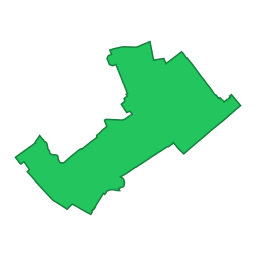 Bragadiru, Ilfov, Romania (orthographic projection)
{"feature_id": "2599482B78210424721579", "entity_name": "Bragadiru", "entity_type": "district", "adm_level": 2, "iso_a3": "ROU", "parent_name": "Romania", "parent_adm1": "Ilfov", "projection": "orthographic", "projection_center": [25.978, 44.379], "detail": "fine", "context": "isolated", "style": "filled", "palette": "green", "viewbox_px": 256, "rotation_deg": 0, "n_neighbors": 0, "source": "geoboundaries", "source_scale": "gbopen_adm2", "svg_char_len": 5241}
<svg xmlns="http://www.w3.org/2000/svg" viewBox="0 0 256 256"><path d="M109.8,50.0L109.9,50.3L110.1,50.9L110.3,51.4L111.3,53.7L111.6,54.4L109.5,55.2L108.4,55.7L108.3,56.0L107.0,58.5L107.2,59.1L107.8,60.4L107.9,60.7L109.5,64.6L109.9,64.8L112.5,65.7L113.1,65.6L113.6,65.4L115.8,64.5L117.2,67.7L117.9,69.5L120.5,75.9L121.9,79.5L127.5,93.6L126.2,94.3L126.4,94.6L127.4,96.1L124.1,98.5L124.4,99.8L124.8,101.3L122.4,103.3L121.3,104.2L123.6,107.8L126.7,112.6L128.9,111.6L129.7,111.3L131.5,113.1L132.3,114.2L130.6,115.1L128.9,116.3L128.6,116.5L126.8,117.8L126.4,118.1L125.5,118.8L123.8,119.6L122.6,119.9L122.5,120.0L122.1,120.0L120.5,120.0L120.1,120.0L118.9,119.9L118.1,119.9L116.5,119.8L115.0,119.7L113.4,119.7L111.9,119.6L111.7,119.6L110.9,119.5L109.9,119.5L109.3,119.5L108.7,119.5L107.4,119.4L107.2,119.3L106.6,119.3L105.0,119.8L104.5,120.3L104.8,121.3L105.9,124.1L106.8,126.5L106.6,126.6L104.0,128.8L101.8,130.6L100.6,132.1L100.0,132.4L99.4,133.2L97.9,134.5L97.4,134.6L97.0,135.2L96.6,135.7L96.6,136.0L96.8,137.2L97.0,137.3L94.3,139.4L93.0,140.3L91.3,141.6L90.1,142.5L86.4,145.5L83.6,147.7L81.7,149.4L81.3,148.8L80.5,149.1L80.1,149.3L79.4,149.7L78.7,150.2L78.0,150.7L76.9,151.6L76.7,151.8L75.1,153.2L73.5,154.4L71.9,155.6L71.2,156.2L68.1,159.0L66.6,160.3L64.9,161.9L63.8,162.8L63.5,163.0L62.6,162.7L62.1,162.8L61.3,162.9L60.5,162.8L59.9,162.6L59.6,162.2L59.4,161.3L58.9,160.7L58.4,159.5L58.2,158.7L58.0,157.6L58.0,156.6L57.9,156.2L57.2,155.4L56.4,155.1L56.0,155.0L55.5,154.9L52.8,154.8L51.5,154.4L50.5,153.8L49.9,153.2L49.5,152.6L49.6,151.4L49.4,150.8L49.0,150.5L48.8,150.0L48.4,149.5L48.1,149.1L47.9,148.8L47.7,148.2L47.7,147.0L47.4,146.0L46.9,143.7L46.6,142.9L46.2,142.5L45.8,142.1L44.4,141.6L43.7,140.6L43.4,139.8L42.5,139.2L42.1,138.6L40.0,135.9L39.6,135.5L39.4,135.9L38.9,136.7L35.1,142.3L35.4,142.9L34.7,143.4L34.4,143.6L34.1,143.8L33.7,144.1L33.4,144.3L32.8,144.8L29.5,147.2L29.4,147.2L29.0,147.5L28.7,147.8L28.3,148.0L28.0,148.2L27.6,148.5L27.3,148.7L26.9,149.0L26.5,149.4L26.2,149.6L25.4,150.1L24.9,150.4L24.8,150.6L24.5,150.8L24.3,150.9L24.2,150.9L24.0,151.1L23.8,151.3L23.5,151.5L23.2,151.7L22.8,151.9L22.5,152.2L22.2,152.4L21.9,152.6L21.6,152.8L21.4,153.0L20.5,153.6L20.0,154.0L19.7,154.2L19.1,154.6L15.4,157.3L15.8,157.9L16.9,159.3L18.3,161.2L19.6,163.0L20.3,163.9L20.6,164.0L21.0,164.0L21.2,163.8L21.7,163.5L22.8,162.6L23.7,162.0L24.1,161.9L29.5,169.6L27.2,171.7L30.9,175.7L34.7,180.1L35.1,180.6L35.3,181.2L36.9,182.9L37.2,183.3L39.2,185.5L42.8,189.4L48.1,195.1L50.9,198.1L52.5,199.8L53.1,200.2L55.7,201.9L58.2,203.5L60.6,205.0L62.2,206.0L62.7,206.3L64.4,207.5L65.4,208.0L66.5,208.8L67.1,209.3L67.4,209.1L68.0,208.4L69.9,206.4L70.5,205.8L71.0,205.3L72.2,204.1L73.8,205.0L75.0,205.6L77.1,206.7L78.4,207.5L80.9,209.0L81.8,209.5L83.6,210.5L85.1,211.3L86.9,212.3L87.8,212.8L88.0,212.9L90.8,214.4L91.8,212.6L92.0,212.3L91.8,212.2L92.8,210.3L92.2,210.0L92.9,209.4L93.1,209.3L93.4,209.6L94.5,208.6L94.3,208.2L94.9,207.7L94.7,207.6L94.9,207.2L95.5,206.1L96.3,204.8L96.9,203.7L97.9,202.3L98.7,200.9L98.9,200.7L99.5,199.8L103.4,193.3L103.8,193.5L104.1,193.7L104.6,194.4L105.1,193.7L105.9,193.0L106.2,192.5L106.3,192.3L106.9,191.1L107.2,190.9L108.5,190.5L109.4,190.1L109.9,189.9L110.5,189.8L111.1,189.8L111.3,189.7L111.9,189.7L112.8,189.6L113.4,189.7L114.7,190.0L116.5,190.4L118.1,190.6L119.7,190.6L118.5,188.5L123.6,186.6L124.2,184.8L124.4,183.8L124.4,183.3L124.4,182.7L124.4,182.4L124.4,182.2L124.4,181.9L124.2,181.4L124.0,180.7L124.0,180.1L123.8,179.6L123.7,179.3L123.5,179.0L123.1,178.7L122.1,177.8L121.3,177.3L120.5,176.9L123.0,175.4L126.3,173.5L128.5,172.0L129.5,171.3L132.5,169.2L135.2,167.4L135.7,167.4L139.5,164.9L143.8,162.1L149.5,158.3L151.5,156.9L152.6,156.2L153.2,155.8L155.4,154.4L156.7,153.6L157.3,153.1L159.1,152.0L160.9,150.9L161.6,150.4L162.5,149.8L164.6,148.5L165.0,148.2L165.7,147.7L167.1,146.8L168.3,146.8L171.2,144.7L172.4,143.9L172.5,143.8L172.5,143.7L173.2,142.5L176.3,146.2L177.8,148.1L180.2,150.5L183.7,153.9L185.8,152.1L192.4,146.4L195.2,144.0L201.4,138.8L204.0,136.6L206.1,134.8L206.1,134.7L208.0,133.1L209.3,132.2L209.6,131.8L210.4,131.0L210.5,130.9L210.9,130.6L212.1,129.6L214.5,127.7L219.1,123.9L222.3,121.4L227.5,116.9L236.1,109.3L237.8,107.9L238.9,107.0L239.6,106.5L240.6,105.6L234.9,98.8L234.8,98.7L233.8,97.4L233.5,97.1L233.2,96.7L231.5,94.7L231.4,94.6L229.6,96.1L230.4,96.9L229.5,97.6L229.7,97.8L227.0,99.9L226.9,99.7L224.6,101.5L224.5,101.4L223.9,101.9L222.8,100.4L222.1,99.7L221.5,99.1L220.3,97.9L219.3,98.5L219.2,98.3L218.8,97.7L218.3,97.9L218.1,98.1L216.7,95.6L216.0,95.1L215.6,94.9L215.0,94.8L214.4,94.0L213.9,93.5L213.5,92.8L213.1,92.3L212.1,90.9L211.7,90.4L211.9,90.3L209.2,86.7L207.2,84.3L207.0,84.0L204.8,80.9L203.0,78.6L201.3,76.5L200.6,75.6L199.0,73.4L191.8,63.6L191.6,63.4L188.4,59.5L187.9,58.9L187.2,58.0L186.7,58.4L183.1,53.4L182.4,52.6L181.8,51.9L181.7,51.7L166.2,63.4L165.9,63.6L163.8,58.4L161.4,58.9L159.3,59.2L153.6,60.2L152.8,56.3L152.6,55.4L152.5,54.6L152.0,52.2L152.0,51.8L151.8,51.1L151.8,50.9L151.8,50.7L151.5,49.5L151.4,49.1L150.0,41.6L149.4,41.8L147.9,42.4L147.1,42.8L142.6,44.6L137.1,47.0L136.6,47.1L136.2,47.2L123.7,46.8L122.7,46.9L121.9,47.0L120.4,47.3L117.7,47.9L113.3,48.9L111.5,49.5L110.2,50.0L110.1,49.9L109.8,50.0Z" fill="#22c55e" stroke="#15803d" stroke-width="1.5"/></svg>